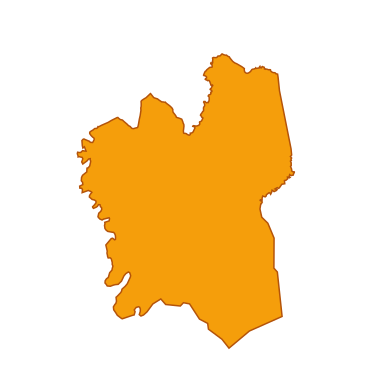 outline of Kolondieba, Sikasso, Mali, rotated 196°
{"feature_id": "8926073B25086326483325", "entity_name": "Kolondieba", "entity_type": "district", "adm_level": 2, "iso_a3": "MLI", "parent_name": "Mali", "parent_adm1": "Sikasso", "projection": "robinson", "projection_center": [-6.6, 10.875], "detail": "fine", "context": "isolated", "style": "filled", "palette": "amber", "viewbox_px": 384, "rotation_deg": 196, "n_neighbors": 0, "source": "geoboundaries", "source_scale": "gbopen_adm2", "svg_char_len": 6050}
<svg xmlns="http://www.w3.org/2000/svg" viewBox="0 0 384 384"><g transform="rotate(196 192 192)"><path d="M142.2,328.9L144.0,328.8L144.5,329.3L145.3,329.5L146.6,329.2L147.5,329.2L148.7,329.5L149.9,330.2L150.3,331.1L150.8,331.1L152.2,330.6L153.4,330.7L155.2,330.6L155.4,330.2L156.3,330.3L156.4,330.9L157.0,331.8L157.7,331.8L159.0,332.0L159.3,331.6L159.4,330.8L159.6,330.4L160.7,330.4L161.0,331.1L161.3,331.5L161.6,330.8L161.7,330.1L161.7,329.7L164.4,328.5L165.0,328.9L165.2,328.2L166.2,327.4L166.8,327.1L167.7,326.7L168.2,326.2L169.0,323.9L170.4,322.1L171.7,321.3L172.6,321.2L173.5,321.5L174.6,322.1L175.2,323.3L175.5,324.0L175.7,325.1L178.7,326.2L184.3,327.6L186.6,327.9L188.9,328.8L191.5,330.6L192.6,331.4L193.4,332.2L194.6,332.3L195.6,332.6L196.5,333.1L197.2,332.8L198.1,332.7L199.5,332.7L200.6,333.0L201.2,333.0L201.7,332.2L202.4,330.7L203.4,330.2L204.5,329.9L205.0,328.6L205.7,327.9L207.1,327.5L208.5,327.2L209.0,326.8L209.2,326.4L208.5,325.1L208.4,323.9L207.9,322.5L207.8,321.6L208.0,321.0L208.8,321.1L209.3,321.6L209.5,321.1L209.4,320.5L207.8,319.7L207.2,318.3L207.1,317.7L207.6,317.3L208.5,317.0L209.4,316.6L211.5,313.5L212.0,312.1L212.6,311.5L212.9,309.8L213.1,307.5L212.6,307.2L211.7,307.3L210.9,307.2L209.9,306.8L209.5,306.0L209.5,305.5L210.2,304.7L210.4,304.1L209.6,303.7L208.3,303.6L207.6,303.3L207.1,303.7L206.2,303.8L205.2,302.8L204.0,301.1L203.6,300.6L203.5,300.1L202.9,299.9L202.2,300.3L201.8,300.5L201.4,300.0L202.0,298.5L202.0,297.6L202.1,297.0L202.7,296.4L202.9,295.7L202.4,295.3L201.1,295.1L200.6,294.2L200.8,293.6L201.4,293.2L201.3,292.3L200.9,291.7L201.4,290.7L202.3,290.3L202.8,289.4L202.9,288.7L202.0,288.3L201.6,287.7L200.9,285.4L200.8,283.8L200.9,283.6L201.1,282.5L201.5,282.6L202.5,281.8L203.6,282.0L204.4,282.6L205.5,282.3L205.6,281.6L204.7,280.7L203.9,279.4L203.6,278.2L204.2,276.6L204.0,275.5L203.5,274.1L203.3,273.2L203.9,272.2L204.3,270.7L205.0,269.0L205.0,268.1L204.2,267.7L203.5,266.8L202.8,266.4L202.2,266.4L201.9,266.0L202.4,263.0L203.2,262.0L204.0,261.5L203.9,260.8L203.4,259.9L203.3,259.1L203.8,258.2L204.5,257.5L205.5,256.8L206.7,256.4L208.0,256.3L208.8,256.2L209.4,255.6L209.4,255.3L207.7,255.3L207.2,255.0L206.8,254.3L207.5,250.0L208.2,249.0L208.9,248.5L209.9,248.1L209.5,246.9L210.0,246.0L210.9,245.8L212.7,246.1L213.5,246.5L214.6,246.5L215.5,246.3L216.0,246.2L216.4,246.5L217.2,248.6L217.3,249.6L217.9,253.1L218.5,254.7L219.5,255.8L220.3,257.1L221.2,258.3L222.0,259.2L224.1,259.4L227.6,259.5L228.3,260.5L229.6,261.6L232.1,263.4L232.8,264.6L233.2,266.1L234.6,267.4L237.1,268.7L241.3,270.3L242.3,271.0L242.5,270.8L244.5,270.6L246.0,270.3L248.8,271.2L250.8,272.0L254.5,272.1L255.4,272.6L259.0,275.2L259.4,274.7L260.3,273.1L262.2,269.9L263.5,268.6L265.2,266.6L265.8,265.6L265.9,264.9L265.2,263.0L264.5,260.4L264.4,258.7L263.6,256.4L262.9,251.2L262.7,247.6L262.2,243.0L262.0,240.6L262.0,239.8L262.2,238.9L264.3,237.7L265.3,237.0L266.0,236.7L267.4,236.6L268.4,237.2L269.4,237.9L271.7,238.4L272.4,239.0L277.2,241.2L278.7,242.0L281.0,241.9L282.5,242.5L283.8,243.2L284.5,242.9L289.3,238.5L291.7,235.9L297.6,231.0L298.8,229.8L300.1,228.8L300.4,228.9L300.5,228.6L300.2,228.4L301.1,226.9L303.0,226.2L304.2,224.4L305.9,222.6L306.8,221.3L306.4,219.9L304.5,218.4L302.5,217.3L301.3,216.9L300.6,216.1L300.5,215.3L300.9,213.1L301.2,212.2L303.4,211.7L304.6,212.5L305.1,212.5L309.3,213.0L310.5,213.2L311.3,212.6L312.0,211.1L310.2,206.3L309.0,204.2L307.9,205.8L305.1,202.1L306.3,201.8L308.5,201.6L309.0,200.9L309.7,199.6L310.6,199.0L312.9,198.7L312.8,197.2L311.4,195.2L311.2,194.3L309.9,194.9L308.5,194.9L307.1,195.0L306.1,193.8L306.3,190.5L304.7,188.8L301.5,192.9L300.5,195.2L299.0,196.0L298.7,194.7L297.9,193.8L297.7,192.3L297.5,188.8L298.5,186.6L299.5,186.0L298.7,182.3L301.8,177.9L302.2,175.6L301.5,172.3L299.9,171.2L299.0,169.0L301.6,166.7L300.9,164.8L299.0,165.1L297.9,164.0L297.4,161.1L292.1,164.9L289.4,164.6L288.2,164.1L289.0,162.1L289.5,160.5L289.3,158.9L287.6,158.1L286.0,157.3L283.5,157.4L281.8,156.8L281.3,155.1L282.3,152.6L283.5,150.4L283.2,149.8L282.2,149.1L279.9,151.0L279.0,152.1L278.4,154.1L276.9,154.4L275.9,152.6L274.7,152.1L274.0,150.5L274.3,148.4L275.8,145.9L275.6,142.4L274.9,141.6L273.8,141.1L273.1,140.6L270.7,140.3L269.6,141.5L264.6,144.4L263.9,143.6L263.7,141.4L267.5,138.8L266.9,137.4L266.9,135.8L265.6,132.9L264.1,131.7L262.1,130.9L257.2,131.4L256.3,131.6L255.9,131.4L254.9,130.7L253.8,129.3L253.0,127.4L252.5,125.3L253.3,124.7L255.5,125.7L256.8,125.0L260.2,117.3L257.2,111.8L256.9,109.8L255.5,107.2L255.4,106.8L254.4,105.5L252.4,106.2L251.2,105.5L249.3,102.4L248.7,100.3L247.6,99.0L247.6,96.6L247.4,94.9L248.9,91.7L248.9,86.8L250.3,85.0L251.0,82.7L250.6,80.8L250.5,80.5L249.0,79.6L247.6,78.3L244.5,78.9L241.8,80.9L240.2,81.8L237.5,82.9L235.2,86.9L234.3,92.6L233.1,95.3L231.1,97.6L229.6,97.2L228.0,94.9L227.8,93.5L228.9,86.0L230.3,82.8L231.9,80.3L232.5,79.3L232.4,77.1L232.8,75.6L235.4,70.7L236.0,69.9L234.5,66.2L234.5,63.8L235.1,62.8L235.9,59.9L234.8,57.2L232.1,55.0L229.8,52.9L224.9,51.0L224.1,50.9L215.4,56.9L213.7,57.9L213.7,61.2L215.0,62.7L213.9,65.6L211.8,67.0L210.6,66.8L209.4,65.3L208.8,62.8L208.9,59.6L206.9,58.7L204.7,60.4L202.2,64.4L198.8,73.6L192.5,80.6L186.3,76.6L171.8,79.2L169.7,83.2L163.5,83.8L149.8,71.9L140.7,70.0L138.4,64.7L122.6,58.7L113.4,52.1L98.5,74.2L71.1,97.2L87.9,138.6L92.3,141.4L100.4,170.3L110.5,182.9L118.0,187.0L122.0,194.4L122.6,199.5L122.1,199.8L121.7,201.7L122.4,202.4L124.1,202.6L124.1,203.4L122.4,203.7L122.9,205.2L122.9,207.6L120.3,207.5L119.6,208.6L119.7,209.9L117.8,212.5L117.0,212.6L115.8,211.5L115.4,213.6L115.5,215.8L113.2,215.0L111.3,216.7L110.9,217.6L113.1,217.8L111.2,219.7L110.2,219.2L109.2,220.0L107.8,224.2L105.1,225.5L105.7,226.9L106.3,228.5L104.9,229.2L103.7,231.0L104.3,232.6L102.4,232.4L101.8,233.0L102.9,233.4L102.9,235.6L101.5,235.0L99.3,236.2L99.4,237.7L99.0,238.8L99.2,239.5L100.1,239.4L100.4,239.2L101.9,239.7L102.6,241.5L104.4,243.8L103.9,244.7L104.7,247.4L105.9,248.8L105.2,249.8L106.0,251.0L105.6,252.1L107.2,253.2L106.4,255.0L108.7,260.8L135.8,313.4L140.8,325.8L142.2,328.9Z" fill="#f59e0b" stroke="#b45309" stroke-width="1.5"/></g></svg>